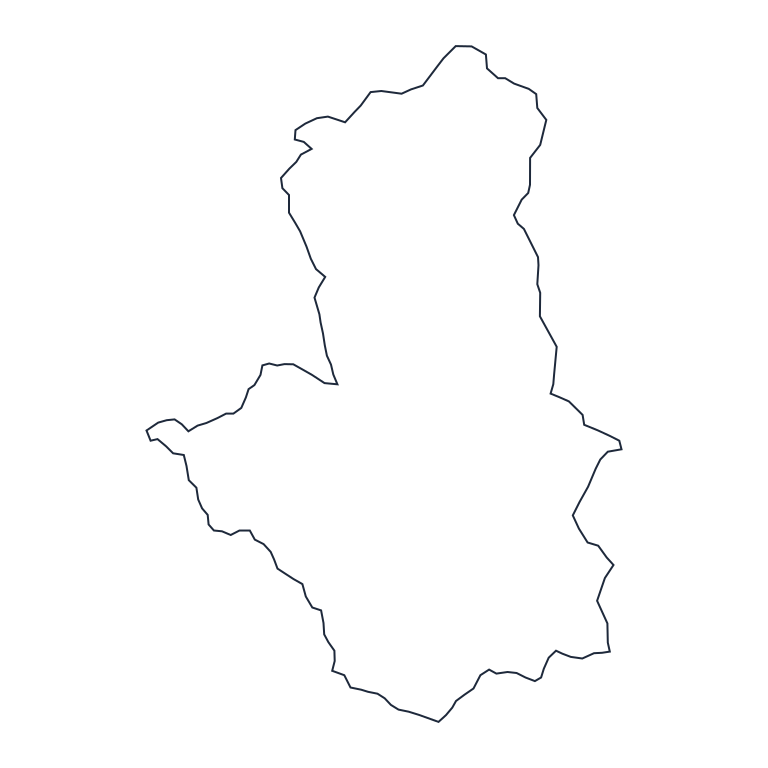 the district of Santo Antônio da Alegria, São Paulo, Brazil
{"feature_id": "56859067B48567848315683", "entity_name": "Santo Antônio da Alegria", "entity_type": "district", "adm_level": 2, "iso_a3": "BRA", "parent_name": "Brazil", "parent_adm1": "São Paulo", "projection": "mercator", "projection_center": [-47.205, -21.083], "detail": "fine", "context": "isolated", "style": "outline", "palette": "slate", "viewbox_px": 768, "rotation_deg": 0, "n_neighbors": 0, "source": "geoboundaries", "source_scale": "gbopen_adm2", "svg_char_len": 2331}
<svg xmlns="http://www.w3.org/2000/svg" viewBox="0 0 768 768"><path d="M538.0,257.1L523.9,228.9L517.8,223.7L513.9,215.1L521.7,199.6L528.2,193.0L530.0,184.8L530.1,157.9L540.2,144.9L546.3,119.9L537.3,108.0L536.2,94.1L528.8,88.9L514.1,83.6L505.2,78.2L498.0,78.2L487.0,68.4L485.9,54.5L471.6,46.4L455.7,46.1L443.5,58.3L437.3,66.4L422.9,85.5L411.0,89.4L401.6,93.7L381.3,91.0L370.6,92.1L360.7,105.6L354.7,111.8L345.1,122.3L337.9,119.9L327.9,116.6L316.9,118.2L305.3,123.6L295.5,130.1L294.8,139.5L303.8,141.9L311.6,148.9L300.9,154.6L296.3,161.9L289.4,168.6L281.0,178.0L282.4,188.2L289.0,195.0L289.0,212.7L295.1,222.7L300.1,231.3L306.5,246.6L310.8,258.7L316.0,269.1L325.2,276.9L318.8,287.4L314.5,297.6L319.4,314.3L320.6,322.5L323.0,333.5L324.8,345.3L326.9,355.7L331.0,364.6L333.3,374.5L337.4,384.3L324.5,383.1L312.0,374.9L293.3,364.3L284.5,364.1L277.2,365.5L269.2,363.5L262.4,365.4L260.5,374.9L254.4,385.1L248.6,389.1L245.9,397.4L241.3,407.9L233.4,413.6L226.1,413.6L217.4,418.1L206.4,423.0L197.6,425.6L188.4,431.3L181.8,424.3L174.6,419.4L166.7,420.2L158.2,422.6L146.5,430.5L150.6,440.7L157.5,439.1L166.2,446.4L173.1,453.3L183.8,455.0L186.5,466.0L188.8,480.2L196.4,487.7L198.2,499.5L202.1,508.4L207.7,514.9L208.6,524.5L213.9,530.5L222.0,531.3L230.7,535.0L239.5,530.5L249.8,530.5L254.8,539.6L263.6,544.1L270.7,551.9L274.1,559.5L277.5,568.6L285.6,573.9L293.6,579.1L302.4,584.1L305.8,596.5L312.3,607.5L321.1,610.4L323.5,623.0L324.2,634.4L328.4,642.2L334.4,650.7L334.7,661.0L332.2,670.8L344.3,675.2L350.5,687.5L361.2,689.7L368.0,691.8L377.5,693.7L384.7,698.3L390.9,704.9L398.5,709.6L408.7,711.7L419.0,714.9L438.5,721.9L446.0,715.1L452.3,707.6L456.0,701.0L464.5,694.7L473.5,688.5L480.4,675.2L489.1,669.6L496.4,673.6L507.5,672.0L516.6,673.0L525.5,677.5L534.9,681.1L541.1,677.5L543.8,668.8L548.7,657.7L556.0,650.7L562.4,653.7L570.8,656.9L582.3,658.5L594.0,653.2L602.0,652.8L609.8,651.6L607.8,642.6L607.4,623.4L597.1,600.8L601.3,588.5L604.9,578.0L609.0,571.8L613.5,565.0L606.7,557.5L598.2,545.7L587.6,542.5L578.9,528.6L572.8,515.4L579.6,501.9L588.1,486.7L595.7,468.7L600.3,459.5L607.8,451.7L621.5,449.3L619.3,440.7L609.6,435.8L597.9,430.4L584.2,424.8L582.6,414.9L568.9,401.4L559.4,397.2L550.6,393.6L553.3,384.2L554.1,374.5L556.7,346.8L539.9,316.3L540.2,292.8L537.3,284.2L538.5,265.2L538.0,257.1Z" fill="none" stroke="#1e293b" stroke-width="2"/></svg>